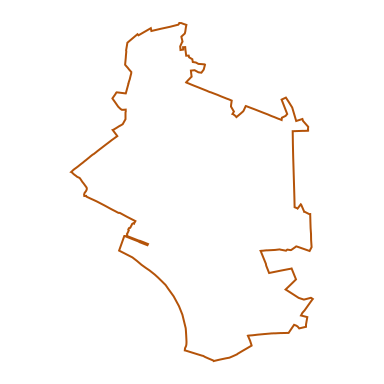 Lielvārdes pag., Lielvardes, Latvia (Mercator projection)
{"feature_id": "27541924B7752725645610", "entity_name": "Lielvārdes pag.", "entity_type": "district", "adm_level": 2, "iso_a3": "LVA", "parent_name": "Latvia", "parent_adm1": "Lielvardes", "projection": "mercator", "projection_center": [24.888, 56.721], "detail": "fine", "context": "isolated", "style": "outline", "palette": "amber", "viewbox_px": 384, "rotation_deg": 0, "n_neighbors": 0, "source": "geoboundaries", "source_scale": "gbopen_adm2", "svg_char_len": 5577}
<svg xmlns="http://www.w3.org/2000/svg" viewBox="0 0 384 384"><path d="M72.3,171.0L71.2,172.0L71.5,172.1L71.9,172.4L73.0,173.5L74.0,174.4L74.8,175.0L75.5,175.5L75.9,175.8L76.2,176.0L76.8,176.6L77.6,177.0L78.2,177.3L79.5,177.9L80.0,178.4L81.3,180.3L82.2,181.7L82.9,182.6L83.5,183.3L86.2,187.0L86.3,187.1L86.7,187.8L86.8,188.4L86.7,189.6L86.0,191.1L84.6,192.9L84.1,194.5L84.2,195.3L84.3,196.0L86.1,195.9L86.1,196.0L86.3,196.5L86.8,196.8L90.6,198.6L93.7,200.0L96.7,201.4L102.1,204.2L104.4,205.4L107.9,207.3L109.7,208.3L111.4,209.2L113.3,210.2L115.1,211.1L117.5,212.4L118.5,212.9L119.8,212.9L120.2,213.1L127.0,216.8L130.9,218.8L135.4,221.1L135.1,221.7L134.3,223.0L134.1,223.2L134.0,223.6L133.3,223.2L132.5,223.8L132.3,223.9L132.0,224.1L131.9,224.3L131.6,225.2L131.4,225.7L131.0,226.1L130.7,226.7L130.7,227.0L130.4,227.4L130.2,227.8L128.9,228.2L128.3,229.5L128.6,229.8L128.8,230.4L128.6,230.7L128.3,231.1L128.3,231.4L128.2,231.9L127.8,232.3L127.5,233.2L127.0,233.9L127.1,234.2L127.2,234.6L127.2,235.3L126.9,235.4L126.6,235.6L126.5,235.8L140.0,241.1L140.1,240.9L143.5,242.2L146.9,243.6L147.8,243.9L148.0,244.0L147.4,245.2L140.2,242.4L140.4,242.2L132.7,239.2L125.4,236.3L124.8,236.0L124.3,236.0L119.1,250.6L132.4,257.4L136.8,260.8L141.5,264.8L145.8,267.9L149.5,270.4L154.8,274.6L158.3,277.8L165.6,285.0L168.1,288.6L173.7,296.4L179.0,306.2L182.4,314.7L185.7,328.2L185.9,330.5L186.2,335.5L186.4,339.4L186.5,341.9L186.4,344.2L186.1,345.9L185.0,348.3L184.8,350.4L185.4,350.5L197.3,354.2L202.2,355.7L203.2,355.9L205.1,357.0L207.4,358.0L207.6,358.1L208.5,358.5L212.8,360.3L213.6,360.7L213.9,360.9L213.9,361.0L219.4,359.7L222.7,359.0L226.0,358.3L229.4,357.7L232.9,356.2L237.1,354.3L237.6,353.8L238.3,353.4L242.5,350.9L247.0,348.3L251.6,345.6L251.5,345.1L250.9,343.3L250.9,343.2L250.5,342.1L250.2,341.0L250.1,340.8L249.0,338.2L247.9,335.7L248.2,335.6L249.0,335.6L249.6,335.5L252.3,335.3L255.0,335.0L257.3,334.7L260.6,334.4L263.8,334.1L267.3,333.8L270.7,333.5L271.7,333.4L275.7,333.3L279.7,333.1L284.2,333.0L288.6,332.9L291.3,328.9L294.1,324.8L296.4,325.7L297.7,326.6L299.2,328.4L306.0,326.8L306.0,324.6L307.3,317.1L301.0,315.5L301.5,314.6L302.1,313.3L303.2,311.9L304.5,310.5L310.1,302.6L312.2,299.7L312.8,299.0L311.2,297.9L310.9,297.8L307.1,298.8L303.9,299.6L298.7,297.9L291.9,293.5L285.6,289.5L290.5,284.8L290.6,284.7L296.0,279.4L291.6,268.5L291.3,268.6L289.4,269.0L289.2,269.0L280.4,270.7L269.1,273.0L267.6,269.2L266.3,265.9L266.1,265.2L266.0,264.6L266.0,264.2L265.8,263.6L263.8,258.7L262.5,255.5L261.4,252.8L261.0,251.7L260.7,251.1L260.6,250.9L261.2,250.8L263.1,250.7L264.7,250.5L266.7,250.3L267.8,250.3L268.2,250.3L270.1,250.2L274.1,250.0L275.4,249.9L277.1,249.7L279.7,249.4L281.0,249.8L281.3,249.8L286.0,250.7L287.0,249.8L287.3,249.6L290.6,250.1L291.2,250.0L293.9,248.1L295.3,247.1L296.0,246.5L296.4,246.4L298.8,247.2L306.8,250.0L309.6,251.0L311.6,247.1L311.1,240.0L311.1,239.7L311.0,233.7L310.9,232.4L310.6,228.1L310.4,221.7L310.2,214.1L309.5,214.2L307.6,213.3L304.9,211.9L304.6,211.9L304.2,211.9L304.1,211.5L303.9,211.0L301.6,205.7L301.1,204.6L300.8,204.3L297.6,208.5L297.5,208.4L294.6,207.2L294.4,197.7L294.0,184.1L293.6,170.9L293.4,164.0L293.2,157.7L292.9,144.4L292.7,131.2L293.1,131.2L301.6,130.9L307.3,130.8L308.1,130.7L308.1,130.3L307.9,130.3L308.2,126.8L303.0,120.9L302.4,119.0L296.2,121.0L292.2,107.5L288.9,102.2L285.9,97.6L281.6,99.6L287.2,114.0L285.6,115.9L281.9,117.7L281.6,120.0L279.7,119.2L278.2,118.7L274.1,117.0L272.4,116.4L270.9,115.8L269.3,115.1L267.7,114.4L264.0,113.0L261.7,112.1L254.3,109.2L251.9,108.3L248.2,106.9L245.8,106.0L245.7,106.1L244.7,108.3L243.6,110.7L243.1,111.4L240.6,113.6L238.8,115.1L236.4,117.1L235.7,116.2L234.5,115.2L233.4,114.4L233.1,114.2L232.5,114.0L233.0,113.2L233.4,112.5L233.9,111.5L233.8,111.4L232.0,108.3L231.0,106.6L231.0,106.2L231.1,104.9L231.7,100.6L228.9,99.4L226.1,98.4L225.7,98.2L221.1,96.4L217.6,94.9L213.9,93.5L210.8,92.3L209.9,92.1L208.4,91.5L207.1,90.9L198.9,87.6L194.3,85.8L191.1,84.5L189.0,83.6L187.2,82.9L186.2,82.5L186.1,82.4L188.3,80.0L189.7,78.6L191.0,77.2L191.6,76.7L191.4,75.0L191.1,72.6L190.9,70.6L194.6,70.2L198.4,72.3L201.4,72.7L203.7,69.6L205.0,64.7L204.7,64.4L201.4,64.1L198.4,63.9L195.9,62.5L192.8,62.0L192.3,59.2L189.4,57.5L189.1,57.3L188.7,55.6L186.2,55.7L185.4,49.4L185.2,47.1L183.1,47.2L183.2,49.6L180.5,50.0L180.2,46.4L182.3,41.7L182.5,41.6L182.2,40.2L181.7,38.2L181.4,36.9L181.4,36.6L182.2,35.9L184.8,33.5L185.3,31.5L185.9,27.3L186.4,24.9L183.4,23.9L181.4,23.1L179.3,23.0L179.1,23.6L178.3,24.7L177.4,24.9L170.0,26.8L160.3,28.9L151.4,31.0L150.8,28.2L138.5,35.3L137.5,34.2L127.4,42.7L126.1,50.4L126.3,51.6L125.9,55.8L125.8,57.5L125.6,59.6L125.1,64.7L125.2,64.9L126.5,66.4L127.7,67.7L129.0,69.4L131.2,71.9L131.3,72.0L131.2,73.5L130.6,75.7L129.8,79.0L129.7,79.5L129.5,79.9L129.2,80.9L128.9,81.7L128.8,82.2L128.5,83.2L128.4,83.4L128.5,83.5L127.9,85.7L126.9,89.3L125.8,93.4L125.4,93.4L123.9,93.2L122.2,93.0L119.1,92.6L117.2,92.4L116.8,92.3L116.3,92.6L115.3,94.3L114.6,95.3L112.4,98.4L112.5,98.6L114.8,101.8L118.2,106.7L120.6,109.0L121.9,109.8L123.3,109.8L125.7,109.6L125.7,109.8L125.7,110.6L125.8,111.1L125.6,112.2L125.5,112.5L125.5,119.2L122.7,124.2L120.0,125.8L119.8,125.8L118.2,126.8L116.8,127.7L114.0,129.4L113.0,129.9L112.7,130.0L117.1,135.8L117.3,136.1L111.6,140.2L110.6,141.0L105.6,144.8L101.2,148.2L100.4,148.8L99.6,149.4L98.5,150.3L98.1,150.6L97.9,150.7L96.1,152.2L93.8,154.0L93.5,154.2L92.7,154.6L90.3,156.5L89.3,157.4L88.4,158.1L85.5,160.5L85.4,160.5L85.2,160.7L84.3,161.4L82.9,162.6L81.3,163.8L77.7,166.7L75.1,168.6L74.5,169.0L72.7,170.5L72.3,171.0Z" fill="none" stroke="#b45309" stroke-width="2"/></svg>